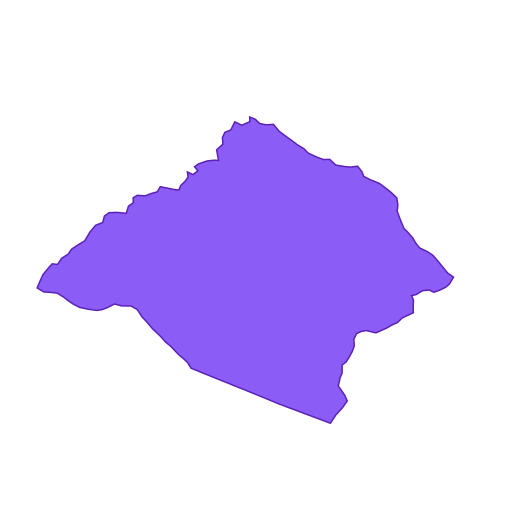 the district of Santa Fé, Paraná, Brazil, rotated 292°
{"feature_id": "56859067B25565622944484", "entity_name": "Santa Fé", "entity_type": "district", "adm_level": 2, "iso_a3": "BRA", "parent_name": "Brazil", "parent_adm1": "Paraná", "projection": "mercator", "projection_center": [-51.832, -23.059], "detail": "fine", "context": "isolated", "style": "filled", "palette": "violet", "viewbox_px": 512, "rotation_deg": 292, "n_neighbors": 0, "source": "geoboundaries", "source_scale": "gbopen_adm2", "svg_char_len": 1953}
<svg xmlns="http://www.w3.org/2000/svg" viewBox="0 0 512 512"><g transform="rotate(292 256 256)"><path d="M203.2,381.0L209.5,380.8L215.4,377.9L221.7,378.3L225.9,382.3L228.3,386.6L229.6,395.9L238.4,404.4L243.0,407.9L247.3,412.1L253.4,414.8L262.3,423.1L268.0,420.7L274.1,418.5L277.5,415.1L280.3,419.0L286.2,423.4L289.3,429.2L289.0,434.5L293.2,439.2L298.1,443.6L302.6,445.9L310.4,447.0L312.0,440.1L319.6,426.3L323.0,419.5L324.3,412.9L324.8,404.6L327.6,399.6L331.8,394.0L335.0,387.6L337.0,382.8L344.0,376.0L350.4,370.1L356.5,368.4L362.6,364.8L365.6,357.4L367.7,350.2L369.5,343.5L369.6,332.6L370.2,326.0L373.8,322.7L377.3,316.6L373.8,310.2L372.2,304.9L370.2,295.9L373.2,288.2L370.7,282.3L370.5,274.4L371.0,265.6L373.4,260.3L374.6,252.8L376.4,246.2L378.3,238.4L380.3,230.8L384.6,222.8L381.5,216.5L380.2,210.0L382.5,204.1L382.5,198.1L378.3,200.0L371.9,193.8L372.5,186.1L363.4,185.4L359.0,180.8L353.2,180.5L347.3,183.4L339.7,179.7L330.6,185.4L328.9,180.8L325.7,174.9L319.8,168.1L315.7,165.6L313.2,170.2L307.9,167.1L308.2,160.9L303.7,163.5L298.6,162.2L293.2,159.8L288.3,159.8L287.0,155.1L284.4,141.3L278.5,140.4L274.8,135.6L270.2,130.6L267.8,123.2L263.9,120.3L259.5,122.3L254.5,119.1L247.0,119.7L244.3,110.6L241.1,103.5L236.2,100.5L229.6,101.3L224.4,95.8L216.2,93.1L205.9,91.5L199.2,86.5L193.3,82.5L187.3,81.1L181.2,76.7L173.8,75.1L172.4,70.0L168.2,68.4L159.2,65.5L153.3,65.2L144.4,65.0L143.2,72.7L145.5,79.8L147.1,85.7L145.7,93.5L144.3,98.2L142.8,105.2L142.3,111.8L143.8,120.5L146.0,129.0L148.6,133.3L152.4,137.5L158.5,142.8L159.4,150.0L162.8,158.8L161.9,165.9L156.7,173.4L154.0,179.3L149.7,187.5L145.5,198.1L142.3,204.4L140.5,210.3L138.1,215.6L135.7,220.9L133.5,227.6L131.5,232.6L127.6,237.9L127.6,255.5L127.6,270.6L127.6,306.3L127.6,313.7L127.4,333.4L128.8,387.6L138.6,389.6L147.7,393.0L155.8,394.9L160.4,390.1L166.3,381.0L174.6,379.6L179.7,379.7L187.3,376.7L191.4,379.2L196.6,380.2L203.2,381.0Z" fill="#8b5cf6" stroke="#5b21b6" stroke-width="1.5"/></g></svg>